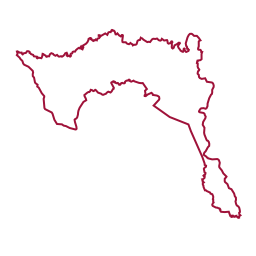 Xaysetha, Attapu, Laos (Robinson projection), rotated 175°
{"feature_id": "54806243B4321376255205", "entity_name": "Xaysetha", "entity_type": "district", "adm_level": 2, "iso_a3": "LAO", "parent_name": "Laos", "parent_adm1": "Attapu", "projection": "robinson", "projection_center": [107.034, 14.975], "detail": "fine", "context": "isolated", "style": "outline", "palette": "rose", "viewbox_px": 256, "rotation_deg": 175, "n_neighbors": 0, "source": "geoboundaries", "source_scale": "gbopen_adm2", "svg_char_len": 5803}
<svg xmlns="http://www.w3.org/2000/svg" viewBox="0 0 256 256"><g transform="rotate(175 128 128)"><path d="M24.8,40.1L26.4,41.4L27.0,43.1L27.3,45.6L26.7,46.9L26.6,49.3L27.5,50.6L28.0,53.5L30.3,58.0L32.7,59.3L33.8,63.4L36.1,65.8L36.3,66.8L36.0,69.1L34.6,70.3L34.1,71.0L37.0,74.5L38.2,77.5L40.4,80.8L40.5,82.1L39.6,85.3L40.2,87.9L40.9,88.8L41.8,89.3L46.9,89.4L50.9,90.8L51.3,91.5L51.9,91.7L52.5,92.7L54.8,94.6L54.7,95.6L54.0,96.9L52.7,98.0L50.1,101.9L48.7,103.1L48.4,105.1L48.7,107.0L49.5,108.3L50.3,108.6L50.8,109.4L52.4,114.8L52.6,116.6L51.8,121.6L53.3,124.7L52.6,127.5L50.1,131.0L49.6,132.6L50.3,134.1L50.5,135.4L51.4,136.4L55.1,137.4L55.8,138.0L55.8,138.5L54.5,140.4L53.4,141.2L51.0,141.2L49.0,140.4L48.1,140.8L46.9,142.8L46.6,145.4L44.5,150.6L42.4,153.9L41.4,154.7L41.0,156.2L40.8,158.7L39.1,161.4L38.9,163.0L39.4,165.0L40.4,166.0L45.4,167.2L46.8,170.8L50.3,170.5L52.1,171.5L52.8,172.6L52.9,174.9L53.8,175.8L53.9,176.4L53.3,178.4L52.3,179.1L51.9,180.0L52.8,181.4L53.3,183.0L52.9,185.9L53.7,186.6L52.9,188.0L53.3,188.1L52.9,189.1L49.9,189.3L48.7,190.2L48.3,195.3L47.5,197.2L48.4,197.3L48.4,198.4L49.0,199.5L51.0,199.9L51.3,200.4L51.2,201.3L50.4,203.2L50.0,207.9L49.3,208.7L48.2,209.0L49.6,211.5L51.4,213.8L54.1,214.0L55.8,215.9L56.5,216.3L58.1,216.4L59.4,215.3L60.8,213.1L63.1,207.3L62.9,204.7L62.3,204.1L62.4,203.5L62.1,203.2L62.2,201.8L61.3,201.6L61.0,200.8L60.6,200.5L61.1,199.5L63.3,198.7L63.8,198.9L64.5,200.1L64.9,201.0L64.6,201.9L65.1,202.3L65.7,201.8L65.8,200.8L66.4,199.2L67.1,199.2L68.9,200.5L69.2,201.3L70.6,203.4L71.1,204.9L70.8,205.8L68.9,207.9L69.1,208.4L70.1,208.5L72.1,207.2L74.4,206.3L75.5,203.9L76.5,203.3L77.2,203.9L77.4,205.0L77.1,205.9L77.0,208.5L76.3,209.7L76.6,210.4L77.2,210.5L78.6,208.8L80.3,208.5L81.0,209.2L81.2,211.7L81.5,212.2L84.4,212.0L86.5,213.9L87.4,212.5L88.3,212.2L89.7,212.8L91.3,214.6L92.8,214.3L95.1,214.7L96.3,214.2L98.5,211.7L99.9,212.1L101.3,211.9L105.0,214.7L106.0,216.0L106.9,216.3L107.4,216.8L108.5,214.6L109.9,214.6L111.0,213.8L112.0,211.0L113.0,210.3L114.2,210.4L116.0,209.9L116.2,211.0L117.3,211.5L118.1,212.5L119.7,211.4L120.9,211.8L121.9,212.4L122.7,213.6L125.4,213.8L126.0,214.2L126.1,215.6L125.0,220.4L125.3,221.1L126.2,221.1L126.7,220.0L127.1,219.8L128.8,221.0L130.3,223.2L131.4,222.3L132.2,222.4L132.9,225.4L133.6,226.2L134.6,226.2L134.8,226.9L135.4,227.1L135.8,226.9L136.9,225.0L138.3,225.2L139.2,224.9L140.5,222.6L142.4,224.2L146.9,222.1L148.1,222.9L149.1,223.0L149.2,222.3L147.9,221.8L147.7,221.4L149.0,220.0L150.6,219.7L151.4,218.1L152.5,219.0L153.3,218.2L154.1,218.5L154.4,217.9L155.0,217.7L156.2,218.8L156.7,220.2L157.5,219.9L157.7,220.9L158.1,220.9L159.5,220.2L159.9,218.8L161.0,217.0L162.5,215.6L165.6,214.1L165.8,213.3L165.4,212.4L166.5,210.3L167.5,210.9L167.0,212.8L167.5,213.5L169.2,211.6L170.1,212.1L171.5,211.3L173.2,210.0L174.1,208.7L175.7,208.9L176.5,208.6L177.1,207.2L178.2,207.1L178.7,206.7L178.9,206.0L178.5,204.9L179.2,204.2L180.0,204.4L180.8,205.3L182.0,204.8L182.7,205.5L182.1,207.2L182.5,208.3L184.0,207.9L184.8,206.7L186.3,205.4L187.6,204.8L188.4,205.4L189.9,205.1L190.9,205.3L192.3,207.0L194.0,206.3L195.7,207.5L196.2,208.4L197.9,209.2L199.4,208.2L200.3,206.3L202.0,206.5L202.7,206.0L203.3,206.3L203.8,207.4L205.2,208.2L205.8,209.0L206.6,209.3L207.3,206.6L208.2,205.1L210.8,205.8L212.3,205.3L212.6,205.6L212.1,206.6L212.3,206.9L215.5,207.6L216.1,209.1L218.1,210.0L218.7,210.9L219.5,211.4L219.4,212.4L220.3,213.1L221.8,213.3L223.2,211.7L225.4,211.5L226.5,210.5L226.9,210.8L227.4,212.4L229.1,212.4L231.4,214.0L232.0,213.9L231.5,211.6L232.4,210.3L229.9,207.6L228.9,205.7L227.9,204.7L227.3,203.8L226.8,201.4L225.9,200.1L221.8,197.7L217.9,193.2L217.7,191.4L218.2,190.1L218.3,188.0L217.2,186.4L216.7,181.6L216.3,180.8L214.3,179.0L214.8,177.2L213.4,176.0L210.9,170.2L208.7,167.1L208.7,166.3L209.5,164.4L209.5,155.2L208.9,154.0L202.6,150.1L201.9,148.6L200.6,142.6L198.4,138.2L193.5,137.4L191.9,136.0L189.6,135.3L186.1,133.1L180.5,131.1L179.8,131.2L179.3,131.7L179.3,133.7L180.3,138.5L180.5,140.9L180.0,141.4L178.6,142.0L177.7,143.0L176.7,145.7L176.3,148.0L175.8,149.7L174.4,152.4L170.1,157.9L167.2,159.3L167.5,161.1L168.5,163.5L168.6,164.6L165.4,166.8L164.2,167.3L163.5,167.2L162.6,167.8L161.8,169.3L160.6,168.9L159.4,167.8L158.9,167.8L157.3,168.9L156.9,168.7L154.7,165.8L151.9,164.6L151.0,163.7L150.0,163.2L146.9,164.1L146.1,165.0L144.5,165.9L142.3,164.9L141.1,165.9L139.6,168.1L139.0,168.2L138.6,169.2L140.8,174.4L140.6,174.8L138.8,175.7L138.0,174.9L137.7,175.5L136.8,175.0L136.2,173.9L135.6,173.6L135.1,173.5L134.6,173.8L134.0,173.6L133.0,171.8L132.0,171.8L131.5,172.3L131.5,172.8L130.5,173.4L129.5,173.4L129.3,173.1L128.0,172.8L127.4,173.0L127.1,173.3L127.0,174.2L126.3,174.8L125.4,175.3L123.1,175.3L123.1,176.0L122.7,176.1L122.1,175.7L122.1,174.7L120.8,173.9L118.3,174.7L117.7,174.0L113.1,172.0L110.9,171.5L109.4,171.5L105.8,165.2L107.8,163.6L107.6,160.3L108.6,159.1L108.6,158.4L107.6,158.2L105.6,159.6L101.6,161.0L100.6,160.0L100.4,158.8L96.4,157.8L94.9,156.9L94.3,156.2L94.2,154.4L94.6,153.5L100.5,148.1L85.5,135.3L67.5,126.3L65.6,119.3L56.5,92.7L54.8,86.1L54.8,84.5L53.5,83.7L53.7,82.6L55.2,81.7L56.0,80.7L55.6,77.2L54.7,76.4L55.2,74.9L56.1,74.7L57.0,73.9L56.8,73.6L56.1,73.7L55.8,73.2L56.1,71.7L57.6,70.5L58.5,70.4L58.1,69.5L58.5,68.9L57.2,67.2L58.3,66.7L58.4,65.0L57.9,64.2L57.9,62.7L56.8,59.2L55.9,59.2L55.0,58.3L51.8,56.5L51.5,55.4L49.8,54.7L49.1,52.5L49.2,50.9L49.7,49.7L49.3,49.0L49.6,47.7L49.2,46.3L50.0,45.7L50.8,44.1L50.4,43.0L47.4,41.1L45.8,40.8L44.6,40.0L43.8,39.9L43.4,39.4L43.5,38.6L43.1,38.5L43.1,37.1L42.6,36.4L39.0,35.8L34.9,35.8L33.8,31.6L32.4,31.6L32.8,31.1L32.7,30.4L31.3,30.5L30.6,31.0L29.9,30.3L28.9,30.9L28.6,30.5L27.7,30.9L27.7,30.3L26.9,30.0L26.0,28.9L25.1,29.0L25.0,30.4L23.6,31.2L24.6,32.4L24.7,33.8L23.8,34.6L23.8,36.3L24.1,38.6L24.8,40.1Z" fill="none" stroke="#9f1239" stroke-width="2"/></g></svg>